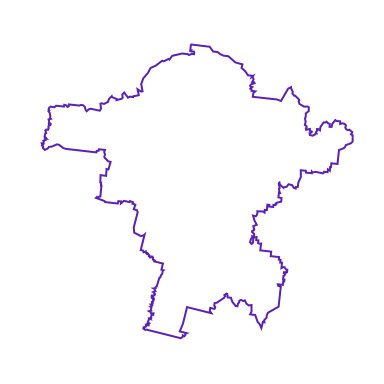 Mitchell, Victoria, Australia (Mercator projection), rotated 6°
{"feature_id": "25037944B63787272509894", "entity_name": "Mitchell", "entity_type": "district", "adm_level": 2, "iso_a3": "AUS", "parent_name": "Australia", "parent_adm1": "Victoria", "projection": "mercator", "projection_center": [145.144, -37.175], "detail": "fine", "context": "isolated", "style": "outline", "palette": "violet", "viewbox_px": 384, "rotation_deg": 6, "n_neighbors": 0, "source": "geoboundaries", "source_scale": "gbopen_adm2", "svg_char_len": 6011}
<svg xmlns="http://www.w3.org/2000/svg" viewBox="0 0 384 384"><g transform="rotate(6 192 192)"><path d="M42.3,142.0L42.8,143.3L42.3,145.2L40.5,145.1L39.7,146.2L40.8,148.6L40.0,149.0L39.6,152.1L41.7,154.1L40.2,154.0L40.6,155.0L40.1,154.8L40.1,155.9L38.8,156.7L39.4,157.4L39.0,159.1L37.5,159.3L38.2,160.5L38.8,160.4L38.0,161.4L39.2,162.3L39.1,163.8L41.3,165.5L44.0,163.8L44.9,162.2L48.3,161.3L52.5,158.8L54.7,158.9L59.6,161.8L62.2,162.3L92.8,162.6L92.9,161.1L94.9,160.7L94.9,159.2L101.1,159.3L100.5,161.3L101.6,163.9L101.1,165.8L101.4,166.9L105.4,170.2L107.9,170.6L106.5,178.3L104.6,178.1L104.9,184.9L99.3,184.8L99.8,192.1L100.6,192.1L100.8,195.2L101.3,195.2L101.3,206.1L99.7,206.6L99.1,207.6L98.1,207.8L97.8,207.1L97.1,207.9L105.9,210.1L106.6,211.1L119.4,211.2L119.7,208.8L122.4,208.8L122.5,210.8L125.2,207.9L131.0,208.6L131.3,207.5L134.4,208.3L134.0,209.8L137.0,210.5L135.9,215.3L139.0,215.8L140.1,217.7L137.8,233.3L138.8,238.5L145.8,241.2L148.4,240.2L149.3,239.2L147.1,255.1L149.5,255.4L150.2,257.0L152.3,255.9L152.9,258.0L153.9,258.4L154.3,257.6L155.6,258.7L155.8,260.2L156.4,260.1L156.9,261.4L158.8,261.2L158.7,260.4L159.4,260.4L160.2,261.5L160.2,263.3L162.2,264.0L161.8,265.0L170.6,266.2L169.7,272.4L171.8,272.8L171.1,273.5L170.9,276.7L169.9,277.8L169.4,280.3L168.5,280.7L166.8,289.6L165.6,290.7L165.9,291.5L164.0,291.9L165.0,292.3L165.2,294.1L165.8,294.4L164.0,295.5L165.0,295.8L165.0,296.7L165.9,297.4L165.5,298.7L162.8,299.2L162.9,300.8L164.3,300.6L165.0,301.8L163.9,302.1L165.0,303.0L164.5,303.3L165.0,304.3L163.6,305.5L163.7,306.3L164.5,306.2L164.5,307.1L164.2,308.0L163.0,308.2L164.1,309.0L162.6,310.3L163.7,310.6L163.4,313.7L163.8,314.2L161.7,315.0L163.3,315.7L164.1,317.0L166.4,316.7L166.3,318.2L165.6,318.0L164.5,318.8L164.6,321.2L163.4,321.1L164.0,321.5L163.5,321.8L164.1,322.7L162.3,322.3L162.5,323.4L161.6,326.0L163.1,327.0L161.5,327.8L162.7,328.1L162.8,329.2L160.1,329.1L160.2,330.7L158.7,331.4L158.8,332.6L158.0,332.1L157.9,332.9L159.9,334.0L161.1,333.6L196.1,338.6L197.9,337.0L197.9,335.6L199.6,336.2L200.4,334.7L200.1,333.6L201.4,332.9L194.4,331.9L196.8,323.8L199.1,307.0L223.9,310.5L222.2,308.6L222.2,305.4L226.6,305.9L227.2,304.0L226.0,302.7L226.1,300.1L228.3,299.5L234.8,294.0L235.9,292.2L235.0,291.1L237.0,289.4L237.7,289.6L238.5,293.1L241.8,293.1L243.5,296.9L247.4,300.9L249.1,300.9L249.4,298.2L250.3,297.1L250.5,295.1L252.0,294.2L254.5,295.1L255.9,294.3L257.8,297.3L260.2,298.9L263.0,298.2L263.7,304.6L262.6,307.6L267.7,307.7L270.9,314.4L273.2,316.5L275.2,320.1L276.1,313.8L277.7,314.0L277.1,312.2L279.3,309.1L279.2,306.9L280.1,304.2L290.1,297.0L290.2,276.9L287.5,276.3L287.0,274.8L292.1,274.8L292.1,271.3L293.1,271.3L293.1,269.4L291.7,269.4L291.7,265.9L292.6,265.6L293.7,262.6L291.8,263.0L291.8,262.2L294.9,261.8L294.9,259.4L294.0,259.5L291.7,257.2L292.8,257.2L291.8,257.1L290.3,257.3L288.9,258.3L288.9,252.9L287.1,253.0L287.1,250.2L285.4,250.2L285.4,247.6L277.0,247.6L277.0,243.0L266.0,242.9L266.1,236.1L265.1,236.5L263.1,236.0L263.1,233.2L260.9,233.2L260.9,230.1L257.9,230.9L257.9,236.1L256.6,237.4L254.9,235.8L255.7,232.2L256.8,231.0L256.5,229.7L257.5,229.8L258.4,228.7L258.1,227.1L255.9,225.5L255.9,224.6L257.5,223.7L257.3,222.9L257.8,222.6L256.5,219.6L259.8,217.8L257.1,213.8L255.2,209.1L258.0,209.5L258.8,208.3L259.3,205.8L259.0,204.4L264.5,203.9L266.3,204.9L266.3,202.2L268.3,202.2L268.3,196.7L270.2,196.7L270.2,198.4L274.3,198.4L274.3,196.3L276.3,196.3L276.3,194.9L277.1,194.9L277.0,194.3L277.7,193.7L281.7,192.3L281.7,188.7L278.5,188.3L278.5,183.8L279.6,183.8L278.6,181.9L278.2,179.6L278.8,178.9L277.5,175.3L277.4,174.1L278.0,173.5L278.5,175.3L282.4,178.1L282.4,177.0L282.8,177.8L285.6,176.9L287.2,174.2L290.9,174.7L292.7,177.2L294.7,177.7L294.7,176.2L296.7,175.8L296.7,171.7L298.7,165.6L297.9,159.0L303.0,159.0L303.4,160.8L309.2,160.8L309.1,159.3L309.8,160.0L312.8,159.0L320.1,159.8L321.1,159.0L321.1,158.1L324.7,158.1L324.8,155.3L326.8,156.5L326.8,152.7L327.6,152.7L327.6,148.9L333.8,148.9L333.8,134.9L338.3,132.6L339.4,131.4L340.1,129.3L345.0,126.9L346.5,125.0L345.8,118.7L344.1,118.1L345.2,115.7L341.9,113.6L340.4,114.1L338.9,113.6L337.7,111.8L338.2,109.7L336.6,108.3L334.4,107.9L332.3,108.9L331.9,106.2L328.2,106.3L327.0,105.5L324.4,109.6L324.0,112.7L322.0,112.8L321.9,109.9L319.8,109.3L318.5,108.0L317.1,109.0L315.7,109.0L313.0,113.7L312.8,117.3L310.7,116.1L309.7,116.3L310.1,117.8L309.1,119.2L309.8,120.8L308.7,120.9L308.4,121.9L306.2,123.4L303.3,123.0L302.8,121.2L304.7,120.2L304.9,119.4L302.9,118.9L302.7,117.0L299.0,118.2L298.6,116.9L299.3,115.9L298.8,114.3L297.2,113.6L297.7,110.3L296.7,107.2L297.2,105.2L297.0,101.9L299.6,99.3L299.3,95.5L298.0,94.9L294.6,95.4L289.7,93.2L288.6,90.7L289.1,89.7L288.4,88.5L284.4,85.4L283.6,85.6L281.6,83.6L281.7,81.7L279.6,78.4L279.5,77.4L276.8,79.2L271.0,92.2L267.0,91.1L242.5,91.0L242.7,87.1L244.4,85.3L240.6,85.1L240.4,83.7L239.3,83.2L240.9,81.4L239.3,81.2L238.7,80.2L239.4,78.9L242.8,77.2L242.1,76.3L240.4,76.4L241.5,73.4L240.3,71.5L240.6,70.5L239.4,71.5L239.8,70.1L235.5,70.1L232.2,66.2L228.3,63.4L228.8,59.8L221.6,58.6L214.0,53.2L209.1,53.1L205.5,51.9L202.8,50.1L198.3,50.1L194.4,45.7L175.9,45.4L175.5,46.0L175.5,51.6L176.2,51.4L175.9,52.1L176.7,52.3L179.1,52.1L179.6,52.6L179.6,54.7L177.3,54.7L174.6,56.1L173.3,55.3L167.9,55.3L158.1,58.6L155.7,62.7L154.8,62.1L150.2,65.0L148.6,64.6L142.9,70.0L137.8,73.0L135.8,78.1L131.6,84.2L130.2,90.1L132.3,97.0L131.0,97.5L127.1,95.5L129.0,101.3L123.4,103.0L123.4,103.7L120.2,103.7L118.5,104.8L114.2,100.2L112.5,102.2L113.2,105.5L112.2,106.7L107.5,108.4L107.7,107.5L102.3,105.9L102.1,105.2L99.7,108.1L99.0,111.2L95.3,113.6L92.8,113.2L91.7,113.8L92.8,118.6L91.8,120.8L82.8,119.8L80.9,120.4L78.8,122.7L77.7,121.6L76.4,118.4L74.6,117.1L72.5,117.0L71.1,117.8L60.4,117.8L60.4,119.7L59.2,120.4L57.7,118.9L55.8,118.6L55.7,120.4L47.8,120.4L46.3,122.1L42.7,121.8L41.2,122.9L40.7,124.8L41.6,125.8L40.8,126.7L42.2,128.2L43.2,131.5L43.1,133.2L44.0,134.0L41.8,134.8L42.5,136.4L42.5,138.8L44.0,138.6L44.4,139.2L44.1,140.4L42.7,140.5L42.3,142.0Z" fill="none" stroke="#5b21b6" stroke-width="2"/></g></svg>